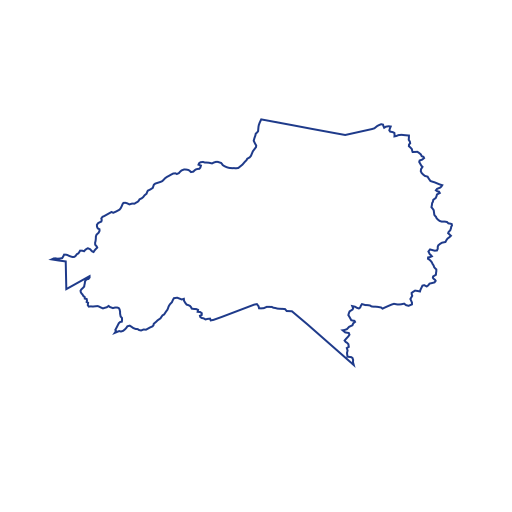 Boa Viagem, Ceará, Brazil (Equal Earth projection), rotated 255°
{"feature_id": "56859067B12725266051245", "entity_name": "Boa Viagem", "entity_type": "district", "adm_level": 2, "iso_a3": "BRA", "parent_name": "Brazil", "parent_adm1": "Ceará", "projection": "equal_earth", "projection_center": [-39.829, -5.047], "detail": "fine", "context": "isolated", "style": "outline", "palette": "blue", "viewbox_px": 512, "rotation_deg": 255, "n_neighbors": 0, "source": "geoboundaries", "source_scale": "gbopen_adm2", "svg_char_len": 6102}
<svg xmlns="http://www.w3.org/2000/svg" viewBox="0 0 512 512"><g transform="rotate(255 256 256)"><path d="M306.7,87.5L305.5,86.3L304.5,85.1L304.1,83.4L302.8,81.8L302.2,80.4L302.4,78.8L303.1,77.5L304.4,75.6L305.8,74.0L306.5,72.7L307.0,71.0L305.4,69.6L304.1,68.2L304.4,65.4L304.8,63.4L305.6,61.8L306.0,60.1L305.6,57.8L302.7,64.3L300.0,70.8L273.1,64.2L279.6,90.0L278.3,89.7L277.2,88.2L277.3,86.1L275.8,84.3L273.6,83.4L272.1,82.6L270.9,82.1L269.8,80.3L268.9,78.6L267.8,77.5L266.4,77.4L264.9,77.8L263.7,78.5L262.2,78.8L260.8,79.9L259.2,79.6L258.3,81.3L256.7,81.2L255.4,80.5L254.3,81.7L252.1,80.8L250.4,81.4L250.1,83.4L249.4,85.3L249.0,87.9L248.6,90.1L247.7,91.4L246.5,92.7L245.0,94.6L245.1,96.3L245.1,98.6L245.9,100.7L244.6,101.6L242.7,104.3L242.7,106.5L242.2,108.5L241.3,109.9L239.8,110.4L237.5,110.3L235.5,109.8L232.6,109.6L230.8,110.5L228.7,110.0L227.3,109.4L227.4,107.7L226.6,106.1L223.7,103.5L221.0,101.0L219.8,101.4L218.3,99.7L218.9,104.4L218.0,106.0L218.1,108.3L219.1,110.5L220.1,112.1L221.4,113.6L221.4,116.0L220.0,117.3L218.2,118.8L216.7,120.8L216.0,122.8L214.8,123.8L213.8,125.7L214.1,128.4L213.3,130.7L214.4,135.1L214.8,137.8L215.6,139.0L217.0,139.7L217.6,141.0L218.4,142.7L219.3,144.2L219.9,145.9L220.5,147.6L221.6,148.8L222.9,150.4L223.3,152.1L225.7,154.8L227.0,156.5L228.3,157.5L229.4,158.2L230.6,159.2L231.8,160.6L233.1,162.8L235.0,164.3L236.5,165.8L236.1,169.1L233.2,173.1L233.3,175.2L231.4,174.9L229.2,175.5L227.0,176.4L226.0,178.0L224.9,179.3L223.4,180.0L221.8,180.3L221.0,182.1L220.2,184.5L219.0,186.1L217.2,185.2L216.3,187.6L214.8,188.8L213.1,188.3L212.8,186.4L211.5,186.4L210.2,187.5L209.3,189.3L207.8,190.8L207.8,192.9L207.4,195.4L205.5,195.6L205.3,198.4L206.0,207.1L209.5,241.6L209.3,244.4L206.7,245.5L204.7,245.4L204.0,247.9L203.6,250.0L204.1,253.3L202.7,258.1L201.6,259.3L200.7,261.3L199.6,263.2L198.8,265.5L198.0,268.1L197.2,270.3L194.9,271.4L194.2,273.7L193.3,276.4L176.8,287.9L125.4,322.2L128.4,322.2L130.4,322.9L132.5,322.8L133.6,321.9L135.1,318.3L138.8,318.8L141.0,320.0L143.6,319.9L144.2,322.1L146.9,322.4L148.6,321.5L149.7,320.4L151.4,319.7L152.8,321.7L154.4,324.3L155.8,325.9L157.6,325.7L159.1,322.4L161.8,320.5L161.6,322.1L161.8,324.9L163.5,327.6L164.1,331.2L165.8,332.5L166.7,334.6L167.9,334.3L168.5,332.9L169.3,331.4L170.6,331.1L173.0,330.5L175.0,329.9L176.7,330.9L178.3,332.1L179.3,335.4L180.4,336.3L182.7,336.0L181.4,338.5L179.7,340.2L178.7,341.8L179.3,343.3L181.0,344.6L182.1,345.9L181.1,347.6L180.3,348.9L179.7,351.0L178.7,353.3L177.4,354.5L176.6,356.5L176.2,358.1L175.4,360.3L173.9,363.5L172.4,364.6L172.8,366.6L173.4,370.3L174.0,374.5L174.1,376.9L172.6,380.0L172.1,381.9L171.8,383.5L171.6,386.8L169.7,388.2L168.4,390.5L168.9,394.1L170.6,394.6L172.6,394.3L174.5,394.0L177.1,396.6L178.8,396.5L180.1,396.8L180.8,398.7L181.4,400.7L180.4,403.0L179.3,405.2L180.8,406.1L183.1,408.1L184.3,409.1L184.3,410.9L182.4,413.0L183.1,414.8L184.4,416.5L184.3,419.4L184.3,421.6L185.5,423.1L186.6,422.8L188.0,421.7L189.2,421.2L190.4,421.8L191.3,424.9L193.2,425.6L194.8,426.3L196.4,426.7L197.8,425.8L199.1,425.2L200.9,425.1L202.6,424.5L204.4,424.2L206.2,423.4L207.5,422.6L208.8,421.4L210.1,421.9L209.9,423.7L210.2,425.8L211.3,425.3L212.8,424.3L215.7,423.7L217.3,425.8L214.9,429.9L214.5,432.2L215.9,433.4L217.8,433.9L219.1,434.8L220.1,437.0L220.7,439.1L220.5,442.6L222.3,444.3L223.3,445.6L224.1,447.7L225.1,449.5L228.3,447.5L229.4,448.3L230.6,450.3L232.5,451.6L233.7,452.1L234.8,453.2L236.2,453.3L237.0,452.0L237.7,450.3L239.4,449.3L240.3,447.4L241.2,444.2L242.4,442.4L244.4,440.9L246.1,440.1L247.3,440.0L248.5,439.3L249.6,438.9L254.2,439.5L255.9,438.9L257.7,438.1L259.7,439.1L261.5,439.8L262.6,440.9L264.4,441.8L265.5,444.6L267.0,445.8L268.6,446.7L269.3,449.8L270.8,449.4L271.5,447.9L272.9,446.8L274.0,448.3L274.4,451.7L275.1,453.0L276.2,454.2L277.7,451.8L281.0,447.5L282.1,445.7L283.3,443.9L286.3,442.8L288.2,442.3L289.7,439.8L291.5,438.5L293.3,437.5L295.2,437.1L297.2,437.9L299.0,439.9L300.4,439.1L303.0,438.4L304.6,438.0L305.9,438.8L306.1,441.5L307.1,443.7L308.5,443.4L309.5,441.9L311.5,441.5L313.6,440.0L314.9,438.8L315.3,436.8L315.9,434.2L317.2,434.1L318.9,434.2L320.7,433.3L322.5,432.1L324.1,432.7L325.0,434.1L326.8,434.2L328.7,433.6L331.0,434.4L332.8,434.9L333.6,432.6L334.5,430.2L335.4,427.9L335.9,424.9L335.6,422.9L335.7,420.7L337.1,421.2L339.1,421.5L340.3,420.1L341.4,417.8L342.9,417.3L344.6,418.4L346.2,419.6L347.0,417.7L347.3,415.0L346.7,413.0L348.6,412.7L350.0,412.7L350.9,411.0L350.6,408.7L350.2,406.8L348.7,403.4L348.6,400.9L349.8,373.5L353.8,365.0L364.4,342.7L372.8,325.3L386.6,296.4L384.0,294.2L381.9,292.7L380.3,291.9L376.0,290.3L375.1,289.1L374.2,287.4L372.6,286.6L370.3,285.0L367.9,283.6L364.8,284.2L362.7,284.8L361.2,284.2L358.0,280.1L354.0,277.0L352.9,275.4L352.2,272.7L351.0,271.6L349.8,269.5L347.8,266.6L345.6,261.7L345.9,259.3L346.5,257.7L347.0,255.7L347.9,253.2L348.7,251.7L349.5,250.5L350.9,248.8L352.4,247.4L353.6,247.0L354.9,246.4L355.8,245.0L356.8,243.5L357.3,241.7L357.2,239.4L356.8,237.5L358.3,234.6L359.0,232.6L359.5,230.8L360.6,229.1L360.9,226.6L360.3,225.0L359.1,224.1L357.6,226.2L355.8,225.1L354.9,223.8L355.2,222.1L355.2,220.5L354.7,219.0L353.7,217.3L353.9,214.9L355.6,213.9L356.6,212.9L357.5,211.1L358.2,209.0L357.9,206.2L357.0,204.4L356.0,202.9L355.7,200.7L356.7,199.6L357.1,197.4L356.5,194.7L355.9,192.5L355.5,190.6L354.7,188.4L353.7,186.8L352.6,184.9L352.3,183.1L352.0,177.4L351.3,175.8L348.5,173.9L347.6,171.1L347.1,168.4L345.7,167.2L344.5,166.4L343.5,164.1L342.1,162.3L341.3,160.5L340.9,158.2L339.8,157.1L339.0,155.8L338.5,153.7L338.0,152.2L338.7,149.9L338.6,147.1L340.3,145.1L341.2,143.6L341.6,141.7L340.6,140.5L339.0,139.3L337.2,137.7L336.1,136.2L335.6,134.2L335.1,132.0L334.7,129.3L335.9,127.8L333.8,119.5L333.6,117.9L332.3,116.3L330.7,116.3L329.3,115.5L329.0,113.6L328.6,112.0L327.3,110.4L325.5,110.0L323.6,110.3L322.4,111.7L320.8,111.4L319.2,110.0L317.9,107.5L316.3,106.4L314.0,105.7L312.0,104.9L310.4,104.0L308.5,103.6L306.5,104.6L305.2,104.8L304.3,103.2L303.3,101.7L301.9,100.1L302.8,99.0L303.9,98.3L305.4,97.6L307.0,95.6L306.6,93.9L306.0,92.5L305.1,91.2L306.1,89.5L306.7,87.5Z" fill="none" stroke="#1e3a8a" stroke-width="2"/></g></svg>